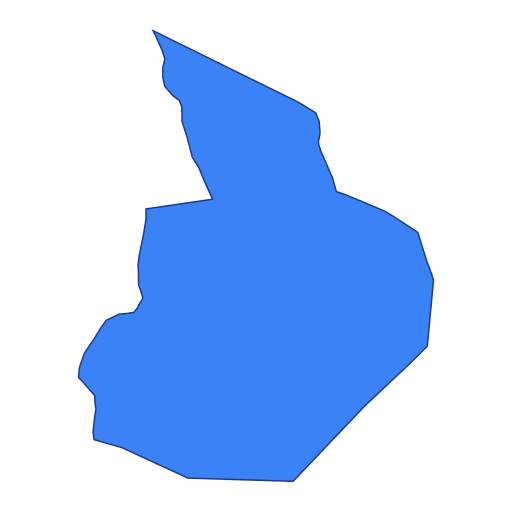 La Treille, Anse-la-Raye, Saint Lucia
{"feature_id": "8701671B33386018665106", "entity_name": "La Treille", "entity_type": "district", "adm_level": 2, "iso_a3": "LCA", "parent_name": "Saint Lucia", "parent_adm1": "Anse-la-Raye", "projection": "robinson", "projection_center": [-60.998, 13.941], "detail": "fine", "context": "isolated", "style": "filled", "palette": "blue", "viewbox_px": 512, "rotation_deg": 0, "n_neighbors": 0, "source": "geoboundaries", "source_scale": "gbopen_adm2", "svg_char_len": 1309}
<svg xmlns="http://www.w3.org/2000/svg" viewBox="0 0 512 512"><path d="M146.0,208.9L146.0,219.2L143.4,235.2L141.6,243.6L139.0,256.8L138.0,265.9L138.4,270.7L138.6,285.1L140.2,289.2L142.4,296.2L142.8,298.7L140.6,301.7L137.5,307.8L133.6,312.6L131.4,312.6L128.2,313.4L119.1,314.1L112.3,317.4L106.2,320.4L100.4,328.5L93.9,339.2L84.6,352.8L79.4,367.5L78.5,377.5L82.3,381.2L88.5,388.5L94.6,395.5L94.9,401.4L95.9,409.5L94.6,417.3L93.0,432.4L93.5,434.9L94.0,439.6L94.7,439.8L104.3,442.6L120.5,447.2L122.1,447.7L141.2,456.6L188.0,478.1L293.1,481.3L364.6,406.1L393.8,378.6L407.8,365.5L427.3,346.2L433.5,280.2L431.5,273.7L426.6,260.5L417.8,232.4L392.8,216.0L385.0,211.3L363.0,202.0L346.1,195.0L336.3,191.5L333.6,181.7L333.2,180.3L332.8,178.7L332.6,177.8L330.9,174.3L327.5,166.3L326.4,163.8L323.7,157.7L322.5,155.0L320.7,151.0L319.9,148.1L319.0,145.7L318.7,143.9L318.4,142.2L318.8,139.8L319.6,136.0L320.0,133.5L319.9,130.6L319.4,124.9L319.1,121.2L317.1,116.3L315.9,113.0L314.6,112.2L308.2,108.2L304.3,105.8L303.0,105.0L297.3,101.7L233.6,70.4L153.1,30.7L156.8,38.5L161.9,49.8L164.9,59.1L162.8,67.6L162.9,77.9L164.7,86.2L172.9,95.8L179.1,100.3L181.6,106.2L182.0,114.0L181.9,121.0L187.2,137.5L192.3,157.2L199.0,168.0L204.9,182.4L210.6,194.7L212.6,199.2L146.0,208.9Z" fill="#3b82f6" stroke="#1e3a8a" stroke-width="1.5"/></svg>